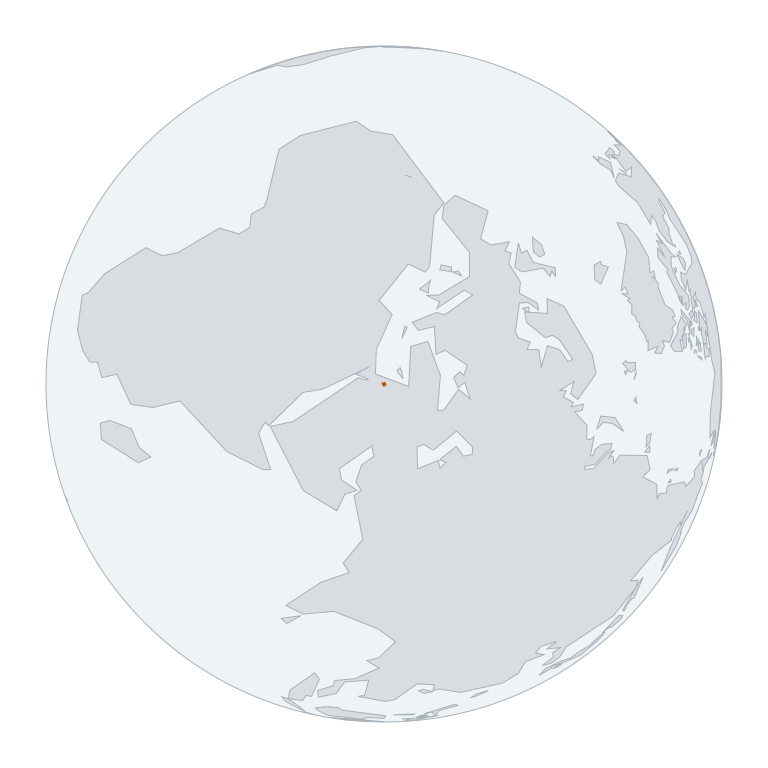 Irbid highlighted on a globe, orthographic projection, rotated 91°
{"feature_id": "JOR-854", "entity_name": "Irbid", "entity_type": "Province", "adm_level": 1, "iso_a3": "JOR", "parent_name": "Jordan", "parent_adm1": "", "projection": "orthographic", "projection_center": [35.72, 32.466], "detail": "fine", "context": "on_globe", "style": "filled", "palette": "amber", "viewbox_px": 768, "rotation_deg": 91, "n_neighbors": 0, "source": "natural_earth", "source_scale": "10m", "svg_char_len": 11116}
<svg xmlns="http://www.w3.org/2000/svg" viewBox="0 0 768 768"><g transform="rotate(91 384 384)"><circle cx="384" cy="384" r="338" fill="#eef3f6" stroke="#a8b0b8"/><path d="M347.6,48.0L352.4,47.6L392.1,46.8L406.4,47.0L401.9,47.3L425.8,48.7L435.7,50.1L426.1,48.7L422.5,48.5L437.4,50.6L436.9,50.9L443.8,52.5L441.9,53.0L426.4,51.4L424.9,52.0L435.5,53.6L440.2,55.9L424.9,53.2L431.7,57.2L407.0,57.2L367.5,53.3L352.6,57.1L308.7,64.0L311.5,65.1L296.6,69.7L294.3,73.1L286.8,74.3L291.5,76.1L298.7,74.4L303.2,74.9L302.5,77.0L292.8,78.6L291.8,77.7L288.6,79.4L284.0,79.4L285.9,80.6L274.3,82.8L284.6,83.9L274.4,88.5L267.0,89.2L269.4,84.7L258.0,78.2L251.3,79.1L239.3,83.9L213.5,101.4L205.3,104.8L193.1,112.6L196.8,112.2L207.7,106.2L211.5,108.3L224.4,101.5L227.8,101.8L240.4,97.5L236.7,103.1L226.3,111.3L215.7,115.5L210.8,119.6L219.5,120.2L198.3,133.5L182.0,152.7L176.7,156.2L169.0,153.2L172.6,140.5L162.7,140.2L167.2,145.9L154.0,155.9L151.0,160.2L150.6,163.4L154.9,162.0L150.0,167.0L143.6,162.3L148.0,157.6L150.0,158.9L151.6,153.4L147.2,151.9L140.9,157.9L141.0,151.9L136.4,156.5L133.9,158.2L141.1,151.1L128.1,164.3L127.2,164.3L144.6,145.6L163.2,128.2L183.2,112.2L204.2,97.9L226.3,85.1L249.3,74.1L273.1,64.8L297.5,57.3L322.4,51.7L347.6,48.0ZM50.1,332.3L48.3,345.3L47.4,372.5L47.2,389.0L46.7,394.2L47.7,403.1L47.8,408.2L57.0,443.0L66.0,470.1L68.7,487.4L67.0,496.0L76.4,524.0L67.1,501.3L59.4,478.0L53.5,454.2L49.2,430.1L46.8,405.7L46.1,381.1L47.2,356.6L50.1,332.3ZM416.7,47.7L416.8,47.7L408.8,47.0L414.4,47.5L416.7,47.7ZM445.1,52.7L447.5,52.9L450.1,53.7L445.1,52.7ZM241.6,94.8L241.0,96.1L238.9,96.2L241.6,94.8ZM247.6,91.9L245.7,91.1L248.3,89.6L249.4,90.2L247.6,91.9ZM449.5,55.5L452.8,57.1L446.8,55.1L449.5,55.5ZM249.4,93.4L253.1,87.2L257.6,84.8L265.7,85.0L249.4,93.4ZM453.0,57.9L461.3,62.7L467.4,63.4L454.8,65.0L451.9,59.9L443.5,57.0L450.5,58.3L453.0,57.9ZM301.3,73.1L293.6,74.9L300.7,71.6L301.3,73.1ZM304.8,70.9L320.4,61.8L331.5,60.7L324.1,63.7L339.0,61.5L336.8,65.4L328.1,67.5L321.3,67.2L325.7,69.1L304.8,70.9ZM446.5,65.6L446.2,66.9L443.6,65.3L446.5,65.6ZM305.5,74.9L307.7,72.8L317.5,71.7L315.0,75.6L312.6,74.7L305.5,74.9ZM344.0,59.2L350.9,59.5L351.0,62.6L353.7,63.2L337.7,65.4L344.0,59.2ZM310.0,76.0L313.5,77.7L308.2,80.3L304.1,76.8L310.0,76.0ZM321.1,69.9L325.7,69.6L322.3,71.0L321.1,69.9ZM291.5,91.6L293.8,88.6L299.1,87.6L291.5,91.6ZM315.1,78.2L316.9,77.4L319.3,76.8L320.4,78.5L315.1,78.2ZM338.9,67.7L337.5,69.2L345.4,66.9L345.8,69.7L335.1,70.8L339.9,71.5L340.1,72.4L331.2,72.4L338.9,67.7ZM328.6,78.8L315.1,82.0L309.6,87.5L304.7,88.4L314.5,79.5L328.6,78.8ZM330.9,75.0L328.4,77.5L323.6,77.0L322.3,75.0L330.9,75.0ZM350.0,71.3L352.1,66.7L354.4,66.7L350.0,71.3ZM327.9,80.4L331.2,79.6L328.1,80.8L327.9,80.4ZM344.3,74.0L344.7,72.3L347.3,72.3L344.3,74.0ZM337.4,79.8L333.0,80.7L332.0,79.2L337.4,79.8ZM341.3,77.2L344.7,77.6L334.3,78.2L341.1,76.4L341.3,77.2ZM346.6,74.3L348.3,73.7L346.1,75.0L346.6,74.3ZM343.6,85.2L330.7,86.3L328.5,82.9L341.4,82.2L343.6,85.2ZM136.9,471.8L121.8,416.2L131.4,401.8L134.6,379.7L201.8,327.4L214.4,336.8L265.4,340.4L271.4,344.7L263.6,361.7L300.5,390.4L314.5,377.1L349.6,392.3L374.2,392.7L386.1,359.3L345.9,357.8L340.7,340.9L374.3,327.8L409.7,330.0L408.8,323.6L388.0,309.2L397.6,297.5L380.9,303.3L386.6,310.0L376.3,314.3L370.5,308.6L374.1,304.3L363.9,301.1L349.2,323.4L353.3,332.5L325.6,334.6L329.8,350.5L321.8,356.9L311.6,332.7L313.7,324.3L293.4,296.7L288.7,305.4L307.5,332.5L300.9,329.7L294.6,343.2L294.2,330.8L275.0,300.4L250.9,300.9L217.6,328.6L204.2,327.3L194.1,316.2L209.0,283.0L237.4,289.9L243.1,279.6L239.7,261.2L248.6,265.3L250.7,259.1L261.7,261.2L279.4,249.4L290.9,250.3L300.2,232.2L307.4,230.6L299.8,241.5L300.8,250.1L329.6,253.5L335.9,250.2L339.5,238.5L347.0,241.5L346.9,229.9L364.6,227.0L342.9,221.2L346.7,208.9L358.5,200.5L355.9,195.7L336.5,209.6L332.3,216.3L334.9,223.4L320.0,242.5L309.6,244.5L310.5,221.7L295.8,222.5L302.9,205.6L350.8,176.4L369.7,172.1L396.1,189.9L390.4,197.2L378.1,194.2L387.4,208.0L387.6,201.5L393.8,204.5L399.0,194.5L403.6,196.2L400.6,184.3L406.9,185.3L408.7,192.8L421.7,180.3L435.3,180.4L436.0,176.8L432.9,173.1L452.3,176.4L451.9,173.7L445.5,171.5L440.5,164.9L439.4,155.0L446.2,156.7L447.5,160.5L460.5,171.5L462.9,182.2L465.6,181.9L465.1,173.2L449.3,159.6L446.7,153.2L455.1,158.6L451.8,156.2L452.7,153.6L459.8,152.9L451.0,146.7L451.0,119.5L464.9,116.5L472.4,123.6L479.6,109.4L494.7,109.0L488.7,106.7L488.0,99.6L483.3,99.5L480.4,98.0L476.6,82.0L481.0,80.3L472.5,72.7L469.4,71.8L465.7,72.5L454.8,65.0L467.4,63.4L473.8,65.4L477.4,63.8L491.4,69.1L504.7,73.5L518.0,81.6L527.3,85.1L527.6,84.1L540.6,88.9L566.1,103.5L544.1,95.5L505.5,78.6L521.1,85.3L517.1,85.3L522.5,88.9L533.6,94.1L535.1,93.7L550.7,113.0L576.5,134.1L575.7,126.8L583.3,128.6L611.9,150.7L643.7,197.3L654.1,203.8L660.0,211.4L662.8,221.0L654.2,210.0L649.8,210.6L644.5,203.4L646.1,216.5L638.6,206.9L643.5,222.6L650.4,227.7L651.8,219.1L659.3,237.9L670.9,244.5L681.0,260.4L691.0,302.1L688.0,323.5L689.7,329.7L683.9,328.3L683.2,345.6L699.3,367.6L701.3,376.9L696.8,404.4L695.5,397.9L680.4,394.2L682.5,418.1L694.2,426.4L698.3,444.0L691.6,444.9L686.7,429.9L681.3,428.0L679.2,408.0L668.0,383.9L660.8,396.4L658.0,384.6L641.4,367.9L629.2,385.2L612.2,430.1L615.5,460.8L607.1,478.4L583.2,443.2L573.0,415.3L564.0,421.7L539.6,402.5L496.4,412.0L490.6,404.9L482.4,410.4L465.3,405.0L456.6,392.7L446.1,395.1L469.5,427.2L480.8,424.7L490.7,409.3L495.0,421.2L511.6,429.0L492.0,462.8L428.5,497.0L423.0,474.1L378.3,409.9L380.1,402.3L379.9,401.5L379.4,399.9L374.6,412.3L367.1,399.2L390.3,445.3L393.8,464.8L427.6,498.4L424.3,502.3L435.4,508.6L471.7,495.7L471.8,503.3L454.2,540.0L404.5,587.7L411.5,614.8L408.7,636.8L378.8,651.2L382.6,666.1L367.3,670.9L367.1,678.6L355.5,685.9L335.6,691.4L300.6,687.3L297.5,680.9L278.6,665.1L251.9,624.4L259.7,607.9L256.2,592.2L231.0,551.2L236.5,531.6L230.0,521.0L216.4,519.7L209.0,506.8L200.9,504.1L151.2,493.1L136.9,471.8ZM176.9,360.0L174.7,366.4L174.6,366.5L176.9,360.0ZM446.4,349.9L468.1,348.9L459.5,328.4L467.2,326.7L461.5,320.7L458.8,327.0L445.1,310.6L454.8,303.4L452.8,294.4L445.4,294.4L429.7,310.6L449.3,333.7L443.8,342.9L446.4,349.9ZM70.6,257.5L69.3,261.0L69.8,259.5L70.6,257.5ZM154.4,156.1L154.7,156.7L153.3,160.6L151.8,160.2L154.4,156.1ZM160.2,171.4L152.1,179.3L156.8,173.0L153.1,173.5L158.4,161.6L174.3,157.3L166.2,161.1L160.2,171.4ZM169.8,145.7L164.7,152.9L169.7,145.2L169.8,145.7ZM251.5,225.6L254.4,230.7L249.1,237.0L234.5,238.2L242.2,228.8L251.5,225.6ZM259.9,236.7L264.7,215.0L274.0,214.2L268.0,218.2L273.6,219.8L265.4,226.8L269.5,248.1L265.0,255.3L240.6,252.1L251.0,248.8L247.5,243.7L259.9,236.7ZM260.9,169.0L263.1,161.7L280.3,169.0L276.2,175.1L261.4,176.0L257.5,169.5L260.9,169.0ZM262.9,95.8L262.7,94.1L265.4,93.5L267.8,94.4L262.9,95.8ZM292.1,90.2L266.9,103.3L265.3,101.8L252.4,112.4L243.2,112.8L251.9,105.7L235.1,114.4L239.3,108.2L228.4,114.8L248.7,99.0L251.7,94.5L251.8,99.3L260.2,98.9L264.7,97.4L279.8,90.1L290.5,81.0L300.5,80.0L304.7,81.7L303.7,83.7L297.5,83.6L300.5,86.4L290.8,87.9L292.1,90.2ZM348.3,113.8L341.6,110.9L346.0,120.6L336.3,120.5L337.5,121.6L329.7,124.5L322.3,130.1L318.2,129.2L317.0,131.9L311.9,134.1L309.0,137.6L300.5,137.5L296.3,142.0L294.7,139.4L289.7,147.3L289.6,141.5L283.0,144.4L286.5,148.5L248.1,143.5L232.0,147.2L218.6,153.9L220.3,144.2L234.1,132.3L253.0,121.6L268.2,119.9L266.3,116.3L273.0,114.6L271.7,118.2L277.7,111.8L282.9,111.5L299.7,104.5L305.1,96.6L311.4,94.2L311.9,97.2L317.8,92.8L323.0,97.1L327.7,95.7L337.4,99.0L335.7,106.4L341.0,104.3L348.7,107.2L348.3,113.8ZM346.1,86.2L346.3,94.1L341.0,98.2L326.2,90.9L321.3,91.6L311.6,88.0L319.4,82.3L321.5,83.8L325.3,84.0L321.3,85.6L327.3,84.5L330.3,86.6L335.8,86.4L334.4,88.9L346.1,86.2ZM279.5,339.2L284.4,340.8L292.3,341.3L288.5,350.2L279.5,339.2ZM265.9,318.6L270.5,318.3L269.0,330.2L263.9,328.9L265.9,318.6ZM274.4,308.4L270.9,317.3L269.8,311.7L274.4,308.4ZM304.2,240.8L309.3,240.2L309.3,243.0L305.9,246.8L304.2,240.8ZM359.4,145.6L356.4,142.5L358.2,141.4L358.1,133.0L365.3,132.9L368.1,137.9L359.4,145.6ZM378.5,365.1L370.7,371.4L367.3,368.2L370.7,366.6L378.5,365.1ZM326.9,361.7L338.1,367.0L325.7,364.1L326.9,361.7ZM367.2,144.1L366.3,140.5L370.4,142.7L367.2,144.1ZM370.5,132.4L375.6,134.2L366.1,131.9L370.5,132.4ZM506.4,698.3L508.0,698.1L502.9,699.9L506.4,698.3ZM467.1,628.1L444.4,665.5L428.3,667.1L425.1,657.7L433.2,635.8L451.9,627.6L461.0,616.0L467.1,628.1ZM715.0,451.8L714.9,452.4L715.1,451.3L715.0,451.8ZM714.5,452.9L715.8,447.7L713.6,456.7L714.5,452.9ZM716.3,445.3L716.2,445.8L716.3,445.2L716.3,445.3ZM713.2,456.7L703.4,476.4L698.6,480.7L700.5,474.0L708.4,462.6L713.2,456.7ZM700.1,474.5L691.6,472.5L674.0,448.2L680.5,443.4L697.6,451.1L696.7,456.3L701.9,460.0L700.1,474.5ZM717.5,420.3L716.4,434.0L711.8,444.0L709.2,447.0L707.5,434.3L708.5,424.2L710.9,420.3L715.7,376.5L718.2,377.7L717.8,394.4L719.6,400.7L717.5,420.3ZM617.1,463.0L625.2,477.2L620.1,482.7L617.1,463.0ZM714.4,350.5L714.6,369.2L713.3,347.0L714.4,350.5ZM711.6,331.7L713.3,337.5L711.2,334.2L711.6,331.7ZM692.7,338.3L690.3,344.0L688.7,339.8L690.7,330.0L692.7,338.3ZM688.7,274.3L694.6,286.8L696.2,291.9L692.3,286.3L688.7,274.3ZM427.2,143.5L419.4,154.8L418.5,164.0L425.5,170.5L412.3,166.7L413.6,152.4L427.2,143.5ZM447.4,122.0L441.2,117.3L446.0,116.8L448.1,117.8L447.4,122.0ZM442.2,120.9L430.7,120.2L428.6,115.9L438.1,117.3L442.2,120.9ZM398.9,130.8L396.1,134.0L392.8,132.0L398.9,130.8ZM720.0,420.4L720.4,412.1L718.9,428.1L718.4,430.7L719.0,419.9L720.1,401.9L720.6,392.8L721.8,378.5L720.3,400.3L720.6,406.1L721.6,394.6L720.8,406.8L720.6,414.2L720.0,420.4ZM720.3,357.3L718.5,351.8L718.5,360.2L717.0,336.6L719.2,345.8L720.3,357.3ZM716.3,338.5L716.5,346.3L715.3,333.6L716.3,338.5ZM715.6,343.9L713.9,337.1L714.7,334.8L715.6,343.9ZM716.6,336.7L713.9,323.6L715.7,329.2L716.6,336.7ZM709.3,322.5L713.7,327.2L710.8,331.3L703.2,308.5L703.9,304.1L709.3,322.5ZM666.0,210.6L661.7,205.5L660.3,200.7L663.7,205.5L666.0,210.6ZM651.5,182.7L658.5,197.8L663.3,211.2L665.2,211.5L672.5,223.6L665.9,217.7L657.3,201.0L654.9,192.8L647.8,183.7L641.9,173.9L632.9,164.9L628.2,158.8L635.6,164.7L651.5,182.7ZM629.1,161.5L611.2,144.9L611.5,141.1L615.5,143.8L623.6,152.8L622.9,154.2L629.1,161.5ZM607.0,140.0L606.1,141.5L578.2,125.6L572.3,121.5L593.8,130.3L594.2,132.4L601.0,137.3L607.0,140.0ZM449.9,67.3L446.5,66.9L448.8,66.3L449.9,67.3ZM477.8,98.1L474.2,95.9L476.9,95.0L477.8,98.1ZM465.6,89.6L465.1,92.2L462.8,88.8L465.6,89.6ZM464.3,98.4L463.5,92.9L468.3,99.3L464.3,98.4Z" fill="#d9dde1" stroke="#a8b0b8" stroke-width="1"/><path d="M383.3,383.5L383.3,383.4L383.3,383.2L383.2,383.2L383.3,383.1L383.2,383.1L383.2,382.9L383.3,382.9L383.5,382.7L383.8,382.6L384.1,382.4L384.3,382.3L384.9,382.5L385.0,382.7L385.1,382.8L385.3,382.9L385.4,383.1L385.5,383.3L385.7,383.6L385.8,383.7L385.9,384.2L385.8,384.3L385.7,384.3L385.6,384.2L385.5,384.3L385.5,384.5L385.3,384.7L385.2,384.7L384.9,384.7L384.7,384.5L384.7,384.4L384.5,384.5L384.4,384.5L384.2,384.5L383.9,384.6L383.7,384.6L383.6,384.8L383.5,385.2L383.5,385.3L383.6,385.5L383.2,385.6L383.3,385.3L383.2,385.3L383.3,385.3L383.2,385.2L383.2,384.9L383.2,384.6L383.2,384.4L383.2,384.2L383.3,384.1L383.2,384.0L383.2,383.9L383.3,383.9L383.2,383.7L383.3,383.5L383.3,383.4L383.3,383.5L383.3,383.5Z" fill="#f59e0b" stroke="#b45309" stroke-width="1.5"/></g></svg>